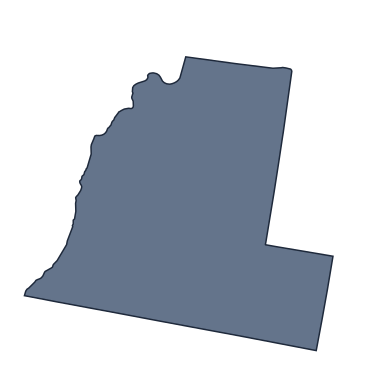 La Pampa, Albers equal-area conic projection, rotated 99°
{"feature_id": "ARG-1296", "entity_name": "La Pampa", "entity_type": "Province", "adm_level": 1, "iso_a3": "ARG", "parent_name": "Argentina", "parent_adm1": "", "projection": "albers", "projection_center": [-66.048, -37.163], "detail": "fine", "context": "isolated", "style": "filled", "palette": "slate", "viewbox_px": 384, "rotation_deg": 99, "n_neighbors": 0, "source": "natural_earth", "source_scale": "10m", "svg_char_len": 2046}
<svg xmlns="http://www.w3.org/2000/svg" viewBox="0 0 384 384"><g transform="rotate(99 192 192)"><path d="M232.2,111.3L232.4,111.2L232.6,111.1L232.8,100.6L233.4,42.7L267.2,43.0L297.0,43.6L329.2,44.5L328.6,63.1L328.1,78.6L327.1,109.6L327.0,111.9L326.2,140.6L325.8,156.1L325.4,171.5L324.6,201.3L323.7,232.2L323.6,235.2L322.7,269.0L321.7,307.0L320.6,341.3L315.9,340.7L313.9,339.8L312.4,338.2L305.6,333.2L303.7,332.3L302.8,331.1L301.5,328.8L300.8,327.9L300.0,327.2L298.1,326.1L294.4,325.1L293.4,324.6L288.9,318.9L288.1,318.1L285.6,317.7L284.7,317.2L280.9,314.5L263.6,307.6L259.8,307.5L245.0,304.4L243.9,304.9L242.2,304.3L238.4,304.9L237.0,303.8L236.6,303.8L229.3,303.7L221.4,305.2L218.6,305.1L216.2,305.9L215.7,306.0L214.7,305.6L212.7,304.2L208.0,302.2L205.3,301.7L203.8,301.8L202.7,302.4L201.8,303.2L200.7,304.0L199.5,304.5L198.5,304.5L198.1,304.2L197.6,303.7L196.9,303.3L196.1,303.1L193.9,303.1L193.4,302.9L192.4,302.0L191.9,301.6L191.2,301.4L188.9,301.2L187.1,300.3L185.7,300.1L184.6,299.4L184.0,299.3L170.3,297.5L163.3,298.8L160.9,298.8L154.5,297.2L153.1,297.0L151.8,296.6L151.1,295.4L150.7,292.2L150.0,290.1L148.8,288.2L147.1,286.7L145.2,285.8L142.7,285.3L142.2,285.1L141.2,284.1L140.9,283.9L140.4,283.7L138.5,282.5L135.9,282.1L134.7,281.7L133.1,280.5L130.6,280.0L125.2,277.1L124.7,277.0L124.3,276.7L123.5,275.5L122.7,274.7L120.7,271.9L119.4,268.2L119.2,267.4L119.2,266.0L119.0,264.8L118.4,264.0L117.3,263.4L116.0,263.4L111.5,264.3L109.0,266.0L107.7,266.4L103.6,265.8L102.2,266.6L98.1,266.9L96.0,266.0L94.3,264.3L92.8,262.2L89.7,256.0L88.2,254.3L86.1,253.5L85.4,253.5L84.0,254.0L83.4,253.9L82.5,253.3L82.2,253.1L81.6,252.6L81.1,251.3L80.6,249.8L80.4,248.5L80.7,245.3L81.8,242.9L83.5,241.2L87.1,238.5L88.4,236.5L89.1,234.0L89.0,230.9L88.2,228.7L86.9,226.4L85.3,224.4L83.6,223.0L81.3,221.8L59.5,219.3L58.4,169.6L57.1,131.4L55.3,123.2L54.9,122.3L54.8,121.2L54.8,118.4L55.2,113.8L56.1,112.8L57.2,112.3L118.9,111.2L123.1,111.2L147.7,111.0L178.5,110.9L180.5,110.9L230.0,111.2L232.2,111.3Z" fill="#64748b" stroke="#1e293b" stroke-width="1.5"/></g></svg>